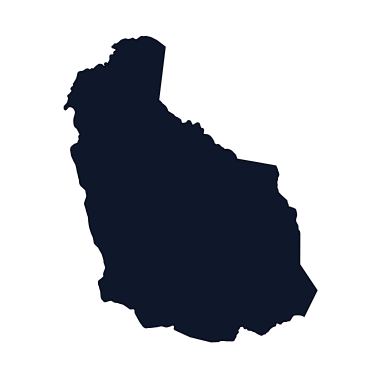 outline of Esquipulas del Norte, Olancho, Honduras, rotated 282°
{"feature_id": "27666195B82865348656076", "entity_name": "Esquipulas del Norte", "entity_type": "district", "adm_level": 2, "iso_a3": "HND", "parent_name": "Honduras", "parent_adm1": "Olancho", "projection": "albers", "projection_center": [-86.526, 15.273], "detail": "fine", "context": "isolated", "style": "filled", "palette": "ink", "viewbox_px": 384, "rotation_deg": 282, "n_neighbors": 0, "source": "geoboundaries", "source_scale": "gbopen_adm2", "svg_char_len": 5831}
<svg xmlns="http://www.w3.org/2000/svg" viewBox="0 0 384 384"><g transform="rotate(282 192 192)"><path d="M234.7,268.5L233.3,228.6L234.1,228.5L236.9,226.8L237.7,225.8L240.1,222.2L240.7,220.4L240.9,218.8L240.8,217.2L240.2,215.8L240.2,214.8L241.2,213.4L241.8,211.1L242.6,210.2L243.7,208.3L243.5,207.3L243.0,206.1L243.3,204.9L243.9,203.5L244.3,203.3L245.2,202.9L246.3,202.2L248.3,200.3L249.6,198.8L250.0,198.1L250.7,196.7L250.9,195.8L250.9,194.6L250.5,192.1L250.8,190.8L251.5,190.5L254.6,190.3L255.7,189.9L256.0,189.3L256.0,188.0L256.2,187.2L257.7,186.1L259.9,185.0L260.6,184.2L260.6,183.3L260.1,182.2L258.8,180.8L257.3,179.4L257.0,178.7L257.4,178.2L259.9,176.2L260.8,175.4L261.0,174.8L261.0,174.2L260.8,173.7L260.4,173.2L259.9,172.9L259.2,172.7L257.9,171.7L257.4,169.8L256.8,169.3L256.7,168.7L257.1,167.8L257.8,166.8L259.7,166.0L260.3,165.3L261.3,162.6L261.6,161.1L262.1,159.4L263.5,157.7L265.2,152.7L265.6,151.7L266.1,151.2L268.0,150.1L270.0,148.2L270.9,146.6L272.0,144.3L273.2,142.9L274.0,141.7L274.3,141.0L274.5,140.1L328.2,135.4L332.5,126.3L333.0,124.7L334.2,120.1L334.4,118.0L334.4,114.8L333.6,112.5L333.5,110.7L333.3,110.1L331.9,108.6L329.8,106.9L329.1,105.8L329.0,105.1L329.4,103.4L329.8,102.5L329.9,101.9L328.5,100.2L328.0,98.7L327.4,97.6L327.8,96.1L327.6,94.7L325.6,91.4L323.0,89.6L321.1,87.7L320.8,87.2L320.6,85.8L320.3,85.4L319.9,85.2L319.2,85.3L318.8,85.2L318.0,83.9L317.6,83.7L317.1,83.8L316.8,84.3L316.7,85.4L316.6,85.9L316.5,87.1L316.3,87.9L315.8,88.2L314.6,88.3L313.8,88.1L313.1,87.0L312.4,86.7L311.9,86.7L310.5,87.3L310.1,87.2L309.6,86.6L309.0,84.4L308.8,84.0L308.4,83.7L307.5,83.7L304.9,84.4L303.3,84.3L301.3,83.6L300.0,84.0L299.7,83.9L299.6,83.7L299.6,83.3L300.2,82.0L300.3,81.3L300.3,80.8L300.0,80.4L299.5,80.1L298.9,80.1L298.3,80.4L297.6,81.0L297.2,81.0L296.6,80.8L296.2,80.4L296.3,79.3L297.4,77.9L297.6,77.4L297.6,75.7L297.3,74.5L295.8,73.1L294.4,72.0L292.7,70.8L291.6,70.3L291.0,69.9L291.0,69.6L291.6,69.1L291.5,68.2L290.1,67.3L289.8,66.8L290.5,64.8L290.4,63.8L289.6,62.7L288.0,61.2L287.3,60.6L286.2,57.4L285.8,56.7L285.1,56.1L283.6,55.9L282.4,56.0L279.0,55.8L277.8,55.4L276.6,55.2L275.9,54.7L274.4,54.5L273.2,53.7L271.7,54.3L271.2,54.3L270.2,53.7L269.5,53.0L268.4,52.4L268.0,52.3L267.7,52.4L266.2,53.8L265.1,53.7L264.4,53.4L263.5,52.7L262.3,52.3L261.6,51.7L261.0,51.0L260.4,50.7L259.8,50.8L258.7,51.8L258.1,52.0L257.2,52.1L253.6,51.9L252.4,51.4L249.4,49.6L249.0,49.5L248.1,49.6L247.1,49.9L246.6,50.2L246.3,50.7L246.3,51.2L246.7,51.7L248.0,52.3L249.6,53.3L250.2,54.1L250.4,55.1L250.3,57.0L249.9,58.2L249.5,58.9L248.7,59.9L246.9,61.2L245.9,61.7L243.6,61.8L240.0,61.5L238.2,61.6L236.4,61.9L233.3,63.0L232.3,63.6L231.5,64.4L230.4,66.4L229.8,67.1L228.3,68.2L227.3,69.2L226.4,69.6L226.0,70.4L225.6,70.7L224.8,70.7L223.8,70.2L222.8,69.9L221.9,70.2L220.5,70.9L219.7,71.0L217.9,70.4L216.0,70.3L215.6,70.0L214.7,68.3L213.9,67.2L211.6,65.3L210.7,64.8L209.9,64.6L208.9,64.6L207.5,64.9L205.9,65.6L204.2,66.2L202.2,67.1L198.2,70.0L195.4,72.4L193.9,73.4L190.5,74.9L188.4,75.7L185.3,77.3L182.5,78.5L180.6,79.6L178.0,80.3L176.9,80.8L176.0,81.5L175.3,82.2L172.9,86.3L172.1,87.5L171.4,88.1L168.8,89.1L167.0,90.0L165.2,90.2L159.8,89.5L158.5,89.5L157.8,89.7L153.7,92.0L151.2,93.2L150.0,93.9L148.2,94.8L146.5,95.9L144.5,96.6L141.8,97.3L137.0,99.1L135.2,100.0L130.7,102.6L127.4,105.0L124.3,106.4L122.4,107.0L121.7,107.5L121.1,108.1L118.5,112.2L114.7,115.5L112.9,117.1L109.2,119.2L106.5,120.5L105.3,120.7L100.5,123.4L99.6,123.6L94.5,122.8L93.0,122.9L91.2,123.6L90.6,123.5L89.1,122.3L88.2,121.9L87.4,121.0L85.7,119.6L85.2,119.4L84.6,119.4L82.5,120.0L81.5,120.5L80.3,121.4L78.4,122.2L76.2,123.5L70.3,125.3L68.9,126.1L68.5,126.7L68.4,127.1L67.9,127.5L67.0,128.6L66.8,129.2L66.9,130.1L69.0,133.8L69.4,134.7L69.5,135.4L69.4,136.2L68.4,139.2L68.7,142.6L68.4,144.2L68.2,147.9L67.7,149.5L66.9,151.4L66.5,152.5L65.4,154.8L65.0,155.7L65.1,156.5L65.8,158.6L65.9,159.4L65.8,160.0L65.4,160.5L64.8,160.9L62.1,161.7L61.6,162.0L56.0,166.8L54.0,168.6L51.0,171.9L50.2,173.1L49.8,174.2L49.9,175.6L50.7,177.5L51.0,179.4L51.4,180.3L51.9,182.0L52.6,183.7L53.1,185.5L54.6,188.7L55.0,189.8L55.1,191.4L54.9,193.0L54.9,195.1L56.1,197.6L57.5,199.7L58.2,200.7L58.3,201.5L57.4,202.8L57.0,203.2L56.5,203.3L55.1,203.2L54.6,203.2L54.0,203.7L50.3,220.3L49.6,241.8L51.5,249.2L52.4,250.0L52.9,250.5L53.3,252.4L53.7,254.6L54.0,257.7L54.4,258.9L54.9,261.9L55.2,263.0L55.6,263.5L55.9,263.7L57.7,264.1L59.4,264.8L61.2,264.7L61.8,264.8L64.3,266.2L64.6,266.2L66.2,265.3L66.7,265.2L68.2,266.3L69.1,266.3L69.9,266.6L70.5,267.0L70.8,267.5L71.4,269.1L71.3,270.1L71.1,270.5L69.9,271.4L69.6,271.8L69.5,272.2L69.7,272.9L70.4,273.8L70.6,274.4L70.3,274.8L69.2,275.2L68.9,275.7L68.9,276.6L69.2,278.6L69.2,279.1L68.6,280.8L68.5,283.0L67.8,284.5L67.1,286.6L67.0,287.8L66.6,288.7L66.6,289.4L66.8,290.2L67.4,290.9L68.3,291.3L68.4,291.9L68.5,292.6L68.6,292.9L70.2,293.7L70.7,294.4L71.2,294.9L73.0,295.9L73.9,296.2L74.9,296.8L77.2,298.9L78.0,300.2L78.6,301.2L79.0,301.3L81.0,301.1L81.5,301.8L82.0,303.2L81.9,303.6L81.4,305.1L81.6,306.3L82.4,306.5L82.9,306.8L84.6,308.4L84.7,308.8L85.1,310.8L85.9,312.0L86.6,314.1L87.4,314.5L91.4,315.9L93.1,317.3L94.1,320.7L94.5,323.4L94.5,325.8L93.9,327.4L121.7,334.5L143.4,312.2L173.6,305.9L175.7,305.1L176.6,303.9L177.1,303.5L179.0,302.8L180.2,302.6L181.3,302.1L184.1,299.7L185.3,299.0L185.8,298.9L188.1,298.8L190.4,299.0L192.3,298.6L194.7,297.6L196.0,296.8L196.5,296.3L196.6,295.6L197.0,294.5L197.1,292.5L197.4,291.3L197.3,289.6L197.5,289.2L197.8,289.0L199.7,288.3L200.6,287.4L202.6,286.7L203.3,286.2L207.3,279.3L208.5,277.7L209.4,276.3L211.0,275.7L212.4,275.0L213.3,274.3L214.4,273.7L216.3,273.7L217.0,273.5L219.1,272.6L220.3,272.7L221.2,272.6L221.8,272.9L222.5,272.6L224.0,272.4L224.4,272.5L225.1,272.9L226.8,273.1L227.3,273.0L229.4,271.9L230.1,271.4L230.3,271.1L231.7,270.6L234.7,268.5Z" fill="#0f172a" stroke="#020617" stroke-width="1.5"/></g></svg>